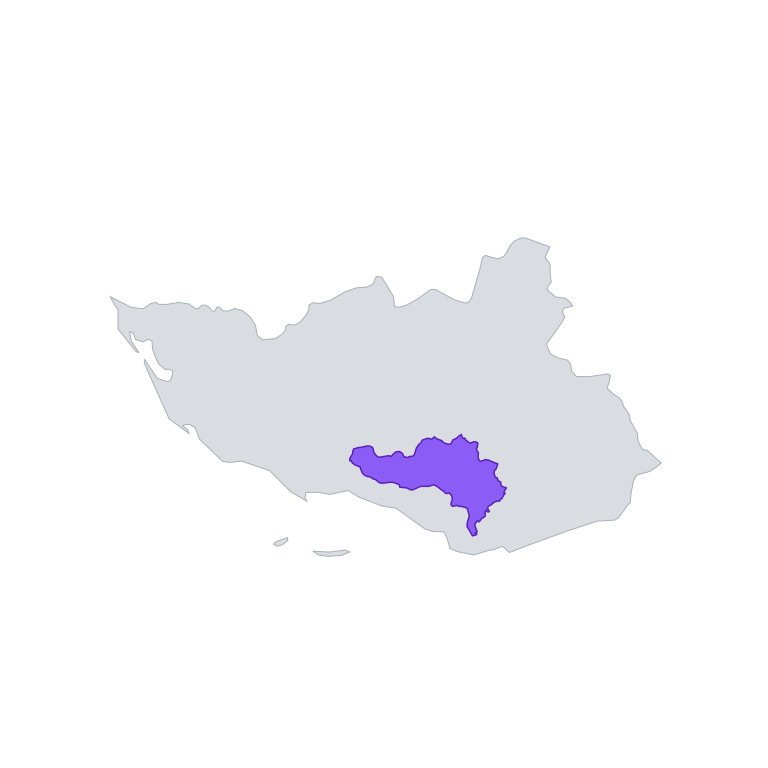 where Yoro sits in Honduras, rotated 203°
{"feature_id": "HND-643", "entity_name": "Yoro", "entity_type": "Department", "adm_level": 1, "iso_a3": "HND", "parent_name": "Honduras", "parent_adm1": "", "projection": "natural_earth1", "projection_center": [-87.221, 15.309], "detail": "fine", "context": "in_parent", "style": "filled", "palette": "violet", "viewbox_px": 768, "rotation_deg": 203, "n_neighbors": 0, "source": "natural_earth", "source_scale": "10m", "svg_char_len": 6642}
<svg xmlns="http://www.w3.org/2000/svg" viewBox="0 0 768 768"><g transform="rotate(203 384 384)"><path d="M670.0,357.4L646.3,355.8L635.1,359.2L630.2,366.7L626.0,370.0L622.5,369.3L615.4,372.2L604.7,378.9L595.0,381.4L586.4,379.8L583.9,381.4L583.2,383.6L581.9,385.7L578.6,386.9L574.8,386.3L570.4,383.9L568.2,384.9L567.9,389.3L565.6,390.5L561.2,388.4L556.2,390.0L550.7,395.2L543.0,396.3L533.0,393.3L525.2,387.7L519.7,379.3L513.1,377.2L501.7,383.4L496.9,390.7L495.8,395.1L497.0,399.1L494.9,401.7L489.5,403.1L485.5,408.0L482.7,416.5L482.2,423.0L483.8,427.6L481.2,431.0L474.2,433.2L465.9,440.5L456.4,453.0L447.0,461.7L437.6,466.6L433.0,472.1L433.4,478.1L432.8,480.0L431.0,480.7L427.9,481.5L409.7,468.4L404.5,459.3L400.0,460.7L394.2,465.3L386.2,475.6L377.6,489.6L373.4,491.1L351.9,489.0L340.5,490.3L338.2,492.2L337.1,497.3L337.8,504.1L340.9,528.8L342.7,538.9L340.9,542.0L335.1,542.5L327.6,544.0L323.5,548.6L322.5,553.4L322.1,560.0L319.7,566.9L315.1,571.9L310.5,573.7L284.8,575.0L285.2,563.6L277.8,559.0L273.6,549.5L269.9,543.1L271.1,539.2L270.7,534.6L260.3,531.1L250.5,533.9L244.9,532.1L240.7,529.6L247.9,524.0L248.3,520.6L246.1,518.1L243.7,516.4L244.4,510.1L245.9,502.5L249.9,485.0L248.4,481.9L241.9,476.6L233.6,476.1L224.4,477.7L220.0,475.0L216.2,469.0L209.7,466.1L198.1,470.9L185.9,478.2L182.1,480.8L179.0,480.5L177.7,475.0L177.1,468.6L176.3,467.0L169.8,464.7L162.2,463.1L158.3,461.3L154.6,456.9L145.6,451.3L143.5,447.0L131.4,437.4L128.9,432.6L126.1,429.2L120.3,424.7L115.7,425.8L100.3,420.3L98.0,419.8L100.1,415.0L105.0,407.5L115.6,399.2L116.5,392.4L113.8,379.5L111.0,371.2L112.5,367.4L115.9,352.4L118.4,348.9L133.8,341.3L135.2,340.2L147.3,329.6L160.7,317.7L174.6,304.7L190.2,290.1L198.8,281.6L202.8,277.9L211.7,280.9L218.8,274.0L222.8,271.7L232.4,263.4L235.3,261.6L251.3,258.3L259.0,258.3L265.7,266.7L271.0,271.3L281.1,267.4L289.5,266.5L324.4,274.3L338.2,270.8L363.7,270.1L375.1,272.0L391.2,261.0L401.6,258.8L413.8,253.6L412.1,248.3L409.2,246.0L427.8,248.3L455.4,259.5L484.9,257.4L495.5,251.4L502.3,249.7L532.5,261.2L540.5,270.0L546.7,270.9L551.5,268.8L552.8,267.0L546.9,265.1L544.2,262.3L568.0,267.8L612.9,309.5L613.8,312.9L594.7,300.5L584.5,301.5L581.9,303.5L582.5,310.2L583.5,313.3L587.8,313.7L591.0,311.9L598.9,314.1L604.1,318.6L610.5,325.4L614.4,332.9L618.5,333.0L622.5,328.5L630.1,328.0L635.0,333.0L638.5,332.7L633.6,324.9L622.1,317.2L624.8,316.9L650.4,330.7L657.7,348.2L663.7,352.1L670.0,357.4ZM369.2,207.7L354.5,216.1L349.8,216.0L356.6,209.4L367.5,203.8L376.7,201.1L384.3,202.3L369.2,207.7ZM419.7,198.7L412.7,205.0L411.4,202.1L414.8,196.3L419.0,193.0L423.1,193.4L422.1,195.9L419.7,198.7Z" fill="#d9dde1" stroke="#a8b0b8" stroke-width="1"/><path d="M243.3,278.8L250.1,284.0L251.6,284.9L252.6,287.0L253.4,290.7L253.5,292.3L254.0,295.6L254.3,296.3L254.6,296.8L258.3,301.5L259.7,302.2L263.8,301.8L267.7,300.6L269.0,300.8L272.6,298.5L273.1,298.2L273.9,298.3L275.5,299.5L275.6,300.6L275.7,302.0L276.2,304.7L276.8,305.9L277.5,306.9L278.1,307.4L278.8,308.0L280.2,308.7L280.7,308.9L281.3,309.0L281.7,308.8L282.3,308.5L282.6,308.1L283.2,307.9L283.7,307.6L284.3,307.4L285.0,307.5L286.0,307.9L286.9,308.6L287.8,308.8L288.7,308.7L295.3,310.5L299.1,310.6L299.5,310.3L300.4,309.3L303.2,307.1L309.2,304.6L310.9,303.6L311.8,302.7L313.3,300.8L316.7,297.4L318.4,297.0L322.6,297.2L329.1,295.2L330.3,296.9L332.0,297.4L333.4,297.2L336.2,297.2L338.2,296.6L340.5,295.7L344.4,293.3L346.3,292.3L348.3,291.6L349.4,291.3L350.9,291.6L354.2,292.7L357.6,292.4L358.5,292.6L359.5,293.1L360.3,293.1L361.0,293.0L361.6,292.7L362.3,292.5L364.6,292.2L367.2,292.7L369.2,293.7L371.9,296.2L373.0,297.6L373.2,298.1L373.7,298.2L374.6,298.3L379.0,298.1L381.4,298.8L381.9,298.8L382.1,298.8L382.4,298.9L382.6,299.1L382.9,299.4L383.2,299.8L383.4,300.0L383.7,300.1L384.0,300.2L384.2,300.3L384.4,300.5L384.5,300.6L384.8,300.5L384.9,300.2L385.2,300.0L385.6,300.1L385.8,300.4L386.1,301.3L386.3,302.7L385.7,307.6L385.8,308.1L386.4,309.6L386.5,312.4L382.4,315.8L381.2,316.2L376.1,319.8L373.7,321.1L372.5,321.2L370.3,321.2L369.3,320.8L368.7,320.3L368.4,319.6L368.0,318.9L367.2,317.9L366.4,317.1L365.2,316.2L363.8,315.4L361.6,314.6L360.6,314.6L359.5,314.9L351.7,319.8L351.0,320.1L350.5,320.0L350.1,319.9L349.7,319.8L349.2,320.2L348.9,320.9L347.9,323.6L347.2,324.6L346.6,326.2L345.7,326.5L344.8,327.3L344.2,327.6L343.5,327.8L341.8,327.8L340.8,327.6L340.0,327.4L337.2,324.8L332.9,325.8L332.7,326.7L331.9,327.4L331.6,327.5L330.2,328.4L329.6,328.5L329.2,328.8L328.9,329.3L328.6,330.7L328.5,331.6L329.2,338.1L328.5,340.0L328.5,340.3L328.5,340.7L328.6,341.1L328.4,341.8L327.7,342.9L327.3,343.9L327.1,344.7L327.0,345.4L327.0,346.1L326.9,346.9L326.4,347.9L325.0,348.9L323.2,350.8L320.4,351.7L319.6,351.6L319.2,351.5L318.7,351.9L318.3,352.3L317.0,355.0L313.9,354.2L309.0,354.4L307.6,354.0L306.8,353.5L305.8,353.3L304.9,353.2L300.5,353.9L298.8,355.4L298.9,356.6L298.8,358.8L298.7,359.4L298.3,360.0L296.5,361.8L295.6,363.4L295.0,364.9L293.2,367.7L290.7,365.2L290.2,365.0L289.6,364.9L289.0,365.5L288.5,365.7L288.0,365.4L287.3,364.7L286.9,364.5L283.6,363.5L281.3,363.3L279.6,365.2L277.3,366.6L275.9,366.5L274.9,366.3L274.5,366.0L274.2,365.7L274.2,365.2L274.2,364.9L274.0,364.3L273.9,363.8L273.6,363.0L273.5,362.4L273.5,361.9L273.5,360.9L273.4,360.4L273.1,359.7L272.6,359.4L272.3,358.8L271.9,358.6L271.0,358.2L270.6,357.8L270.1,357.4L269.9,357.0L269.8,356.5L269.5,355.2L269.2,354.2L268.2,352.6L267.5,351.8L266.3,350.8L265.8,350.6L265.3,350.5L265.1,350.5L264.8,350.7L262.1,352.9L261.7,353.8L257.7,354.9L256.7,354.7L248.1,354.9L247.6,350.0L247.7,349.3L247.9,348.6L248.3,348.3L248.4,347.9L248.4,347.3L248.3,346.5L247.9,345.4L247.8,344.7L245.1,341.6L243.7,341.9L243.2,341.8L242.7,341.6L242.5,340.6L242.2,340.1L241.1,340.1L240.8,340.0L240.5,339.6L240.1,339.4L238.8,339.4L238.2,339.3L238.0,338.8L237.9,338.4L237.7,337.9L237.3,337.4L235.9,336.2L234.9,335.9L233.2,335.8L231.3,336.4L230.8,336.1L230.8,335.6L231.1,334.6L231.0,333.8L231.4,332.3L231.3,331.0L231.3,330.8L231.0,330.7L230.5,331.0L230.1,331.0L229.7,330.2L230.5,328.7L230.3,327.5L230.6,326.8L230.7,326.1L230.7,325.4L230.6,324.6L231.7,323.3L231.9,322.8L231.9,322.4L231.8,322.1L231.7,321.7L231.9,321.4L232.3,321.1L233.6,320.7L234.1,320.4L234.9,319.6L235.4,319.4L235.7,319.1L236.4,318.2L238.6,313.9L240.0,312.6L240.3,311.7L240.0,310.2L239.1,309.2L237.9,308.5L237.3,307.9L237.9,306.9L238.9,306.9L239.9,307.7L240.7,307.9L240.9,306.0L240.5,304.6L239.7,303.2L239.3,301.7L240.4,299.7L241.3,299.0L241.8,297.5L242.1,295.7L242.8,294.2L243.0,294.3L243.6,294.5L244.2,294.6L244.8,294.2L244.8,293.9L245.4,291.1L245.7,290.7L244.3,288.2L241.9,286.0L240.4,284.1L241.7,282.3L240.0,281.9L240.5,280.9L243.3,278.8Z" fill="#8b5cf6" stroke="#5b21b6" stroke-width="1.5"/></g></svg>